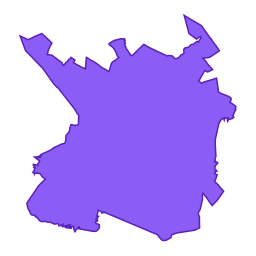 Suchiapa, Chiapas, Mexico (Mercator projection)
{"feature_id": "50627088B44239726364509", "entity_name": "Suchiapa", "entity_type": "district", "adm_level": 2, "iso_a3": "MEX", "parent_name": "Mexico", "parent_adm1": "Chiapas", "projection": "mercator", "projection_center": [-93.131, 16.595], "detail": "fine", "context": "isolated", "style": "filled", "palette": "violet", "viewbox_px": 256, "rotation_deg": 0, "n_neighbors": 0, "source": "geoboundaries", "source_scale": "gbopen_adm2", "svg_char_len": 5645}
<svg xmlns="http://www.w3.org/2000/svg" viewBox="0 0 256 256"><path d="M210.6,38.6L201.4,25.6L198.2,23.7L193.3,20.9L184.2,15.4L189.0,33.6L196.5,39.1L200.3,36.3L201.0,37.8L198.4,42.1L197.9,41.7L197.1,41.3L193.1,44.4L191.9,44.4L191.2,44.6L190.7,45.0L189.9,45.8L189.0,46.8L188.1,47.3L186.1,47.6L184.8,48.1L184.1,48.9L183.7,50.1L183.8,51.4L184.0,52.6L183.8,53.2L183.2,53.9L182.5,54.5L181.4,54.7L180.7,55.2L179.6,56.6L178.6,57.6L177.7,58.1L176.7,58.5L175.6,58.6L174.7,58.4L173.8,57.8L173.0,56.6L172.4,56.3L171.7,55.7L171.3,55.8L170.6,55.7L168.4,55.5L167.3,56.1L148.4,47.1L143.8,44.3L132.2,55.6L131.8,55.7L131.4,55.5L131.1,55.1L130.4,54.9L129.9,53.8L129.2,53.1L128.1,51.1L126.5,48.9L126.2,48.3L126.2,48.1L124.5,43.7L125.3,43.3L124.4,40.9L125.2,40.6L124.5,38.7L122.9,39.3L122.7,38.8L121.3,38.7L120.0,38.9L118.1,39.5L114.7,40.3L113.2,41.0L111.4,42.0L110.1,43.0L109.0,43.7L109.2,44.6L110.0,45.3L111.8,46.5L112.8,47.4L113.9,48.7L114.9,50.2L115.7,51.9L116.4,53.1L116.8,54.9L117.6,56.4L118.7,57.6L115.6,60.0L112.7,61.9L111.7,63.0L111.4,63.6L111.0,64.6L110.5,66.6L110.1,67.9L109.7,69.4L108.9,71.6L105.3,69.3L101.9,67.7L97.9,64.4L93.6,61.5L91.7,60.6L86.5,57.4L86.1,60.7L86.0,61.4L85.9,62.6L85.8,63.7L85.8,64.3L85.5,67.9L85.4,68.9L84.4,68.4L80.7,66.7L73.5,62.8L74.9,60.1L71.0,57.4L70.7,58.0L70.3,58.4L69.9,59.0L68.9,59.2L68.2,60.1L67.8,61.1L65.8,62.7L64.8,64.1L64.0,64.9L63.6,65.3L63.1,64.9L62.7,64.4L62.3,63.8L62.0,62.8L52.1,55.3L47.2,54.5L47.6,53.5L47.9,52.5L48.0,51.5L48.3,50.4L48.7,49.4L50.3,45.9L51.9,43.1L47.6,38.8L41.7,33.5L36.3,35.8L35.3,36.2L34.3,36.6L32.2,37.8L30.1,38.8L28.1,39.7L25.0,38.2L20.1,36.0L25.6,50.7L35.0,60.3L37.5,63.0L42.6,68.2L45.5,72.2L47.4,74.9L49.1,77.3L50.8,79.7L53.0,82.8L54.3,84.5L54.8,85.0L57.3,87.5L57.9,87.7L74.2,108.5L74.5,109.0L75.0,109.7L77.4,113.8L78.8,115.4L78.6,118.2L78.5,121.3L78.5,123.2L78.3,124.2L77.6,124.9L76.9,125.4L75.9,125.2L73.6,125.3L72.2,124.7L71.0,124.6L70.2,126.9L69.6,129.4L69.4,131.1L68.5,132.7L66.3,135.0L65.8,136.3L65.9,137.8L65.9,139.3L65.6,140.9L65.1,142.6L64.4,143.4L63.0,143.7L61.7,144.1L60.9,144.3L59.9,144.9L57.8,145.9L56.3,146.6L55.7,146.8L54.4,147.5L53.8,147.7L50.6,150.1L41.3,154.3L40.3,155.2L41.3,155.8L40.2,157.4L39.3,156.5L38.8,157.7L38.0,156.5L37.5,156.9L36.4,156.9L34.5,157.1L39.7,161.0L37.6,164.3L37.9,165.4L37.2,165.2L33.3,164.4L33.4,165.4L34.9,167.1L33.9,167.5L35.1,168.5L34.7,168.9L34.4,169.4L34.1,170.5L33.6,171.5L32.8,172.2L34.6,173.8L34.6,174.0L35.3,172.9L35.5,173.0L36.2,173.2L37.3,173.2L38.0,173.3L38.5,173.3L39.5,173.5L40.2,173.8L40.9,174.7L41.6,175.7L42.1,176.6L42.7,177.4L44.5,178.2L45.0,178.6L45.1,178.8L45.4,179.1L43.0,181.4L38.7,185.6L26.8,203.2L28.0,208.5L30.0,212.1L30.3,213.2L30.8,213.9L30.9,214.2L31.2,214.7L32.1,215.0L34.2,215.3L34.5,215.3L35.0,215.5L35.3,216.5L36.0,217.1L36.4,217.0L37.3,217.8L38.1,218.7L39.3,220.4L39.6,220.6L41.0,221.5L45.8,221.5L46.9,222.0L50.0,222.2L52.7,223.3L54.4,224.1L55.8,223.9L56.7,223.8L58.1,223.6L58.7,224.7L59.1,226.0L62.9,224.4L62.2,226.7L62.3,226.8L62.8,226.6L63.3,226.0L65.0,227.0L65.4,225.8L65.8,225.8L66.1,225.7L67.1,225.4L67.1,225.7L67.1,226.2L66.7,226.9L66.6,227.1L66.4,227.9L67.9,227.8L68.5,227.8L68.9,224.6L70.3,225.1L70.5,225.1L69.8,228.2L71.1,228.4L71.6,226.6L71.8,226.5L73.6,226.5L73.6,227.4L73.7,227.5L73.5,228.3L73.5,228.5L75.0,231.6L74.9,231.7L75.0,231.8L75.2,231.5L76.0,229.9L77.8,228.0L78.2,227.5L78.5,226.9L79.4,227.1L78.8,228.7L92.6,231.3L93.1,231.1L94.9,231.4L95.8,231.4L96.5,230.9L97.0,230.5L97.5,230.0L98.1,229.5L98.5,229.0L99.2,228.0L99.4,227.1L99.4,225.7L99.3,224.6L95.9,223.4L95.4,221.8L96.0,221.3L96.9,221.3L97.0,221.3L97.3,221.1L97.6,220.1L97.2,219.7L96.9,219.5L96.6,219.4L96.3,219.4L95.8,219.1L97.3,218.2L97.0,218.0L98.0,216.7L99.2,216.3L96.9,216.3L97.8,212.0L98.3,210.1L99.2,210.7L99.3,210.7L101.6,211.8L101.9,213.0L103.6,212.5L103.8,212.5L103.9,211.9L106.1,213.0L157.5,234.7L160.1,238.2L160.8,239.0L162.7,240.6L166.0,240.3L170.8,237.8L171.8,234.7L177.1,232.9L194.7,230.2L199.6,227.9L199.7,227.4L199.5,225.5L199.4,216.3L198.7,215.4L198.4,213.7L198.3,213.2L198.8,211.7L200.1,209.7L202.5,199.3L202.4,195.2L202.9,193.3L203.3,193.7L203.7,194.2L207.3,198.7L208.7,200.8L209.1,201.4L212.1,205.6L216.1,201.5L217.2,200.3L222.5,192.8L223.6,191.2L221.2,188.5L219.9,187.1L219.5,186.7L218.5,185.2L217.9,184.5L216.2,183.1L215.5,182.3L214.7,181.5L215.5,179.5L216.2,177.6L217.2,174.8L214.9,173.8L215.1,173.0L215.4,172.3L215.2,172.2L215.2,171.6L215.7,171.8L216.0,171.7L216.6,170.9L216.8,170.9L214.5,168.4L214.9,167.8L214.9,167.3L214.9,167.1L215.0,166.9L214.9,166.7L215.4,166.1L215.9,165.0L217.2,163.8L217.5,163.3L217.7,162.5L215.9,161.8L215.8,162.2L214.9,162.0L215.3,160.2L214.8,160.1L215.9,156.2L215.9,155.7L215.2,144.0L215.4,139.0L217.8,128.0L219.0,122.9L219.2,123.0L219.8,121.7L220.5,120.8L220.8,119.8L221.1,119.8L221.7,119.5L222.2,118.7L222.4,118.1L222.9,118.3L223.7,118.8L224.2,120.0L224.6,117.8L226.8,118.1L228.0,118.0L227.3,119.6L227.7,121.3L227.9,121.0L227.9,120.5L228.3,120.0L228.6,119.8L228.8,119.4L230.1,119.3L230.6,118.9L230.9,118.8L231.6,118.7L232.3,118.5L232.9,118.0L233.8,117.3L233.0,116.7L233.0,115.7L234.0,113.3L234.9,111.3L235.8,109.3L235.2,109.2L235.9,106.5L232.6,103.9L230.0,102.3L229.8,101.9L230.0,101.6L230.7,100.9L231.1,99.7L231.1,98.3L230.6,97.9L229.7,97.2L229.1,96.6L220.7,93.3L219.4,92.5L218.5,92.2L218.5,91.8L218.2,89.7L218.0,88.2L217.7,86.3L217.5,84.1L217.2,82.5L217.1,81.6L216.9,80.7L216.5,78.1L214.5,78.8L212.0,79.6L209.4,80.4L206.6,81.2L204.5,81.9L201.4,83.2L198.9,81.0L201.8,75.6L204.7,70.6L207.6,72.0L212.6,69.6L208.3,64.8L205.5,60.9L202.8,58.3L209.7,57.3L219.4,50.8L217.7,48.2L212.1,40.5L212.0,40.4L211.3,38.9L210.9,38.7L210.6,38.6Z" fill="#8b5cf6" stroke="#5b21b6" stroke-width="1.5"/></svg>